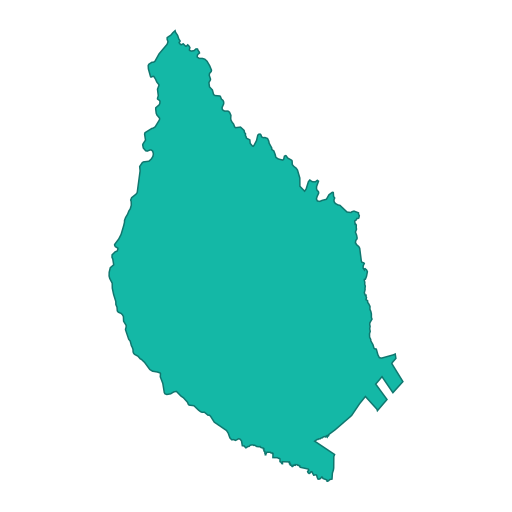 the district of Sanyati, Mashonaland West, Zimbabwe
{"feature_id": "62879985B67434637878842", "entity_name": "Sanyati", "entity_type": "district", "adm_level": 2, "iso_a3": "ZWE", "parent_name": "Zimbabwe", "parent_adm1": "Mashonaland West", "projection": "equal_earth", "projection_center": [29.641, -17.974], "detail": "fine", "context": "isolated", "style": "filled", "palette": "teal", "viewbox_px": 512, "rotation_deg": 0, "n_neighbors": 0, "source": "geoboundaries", "source_scale": "gbopen_adm2", "svg_char_len": 6059}
<svg xmlns="http://www.w3.org/2000/svg" viewBox="0 0 512 512"><path d="M358.5,212.8L354.0,211.1L351.9,211.7L351.1,212.5L347.1,212.1L340.0,205.4L337.9,204.9L335.4,203.5L334.2,201.9L333.9,199.9L334.7,198.0L333.6,196.5L333.3,192.5L332.3,192.3L329.0,194.7L326.4,199.3L322.1,200.4L319.8,201.4L317.4,201.0L316.4,199.0L317.1,196.5L318.6,193.3L318.6,192.1L318.1,191.2L317.2,190.6L316.5,188.7L316.6,186.5L318.5,181.2L317.3,180.3L315.4,181.8L313.1,181.8L311.8,181.5L309.8,180.0L308.4,181.7L306.1,189.1L304.6,191.2L299.9,186.3L299.8,178.0L297.5,170.1L296.2,168.2L293.8,166.4L292.3,164.6L292.1,160.9L291.6,160.2L287.8,158.1L286.0,155.7L285.5,155.6L284.4,156.2L283.7,159.2L282.7,160.1L278.4,159.0L275.9,157.4L275.1,154.3L273.8,150.9L271.7,149.4L271.8,148.1L269.2,143.3L268.7,141.0L267.5,138.5L264.9,137.5L263.4,137.7L261.6,136.9L261.0,135.0L260.4,134.2L259.0,134.1L257.8,135.1L256.5,140.6L254.0,145.4L253.2,146.3L252.5,146.1L250.2,143.4L249.8,139.9L246.4,138.1L246.0,136.4L245.4,135.6L245.5,133.7L244.4,132.4L244.3,131.0L243.9,130.2L240.5,127.1L235.5,127.7L234.6,126.8L233.6,124.1L232.1,122.2L231.0,120.2L230.7,118.4L230.9,115.3L229.5,112.2L228.0,111.1L224.6,111.1L222.9,110.1L222.2,109.1L222.1,107.5L223.7,103.8L223.7,102.0L223.0,100.4L221.4,99.1L220.4,96.5L219.9,96.0L214.8,95.5L213.6,94.5L212.4,90.0L209.5,86.9L208.9,82.6L210.4,79.9L210.5,79.1L209.3,75.5L209.3,74.7L209.5,73.5L211.2,71.5L211.5,70.2L209.7,65.8L207.0,61.2L204.8,59.2L202.3,58.4L199.2,58.4L197.3,57.2L197.2,56.2L197.6,54.6L199.5,53.0L199.3,52.1L198.0,50.3L197.5,49.0L196.0,48.9L194.1,50.6L191.4,51.1L189.5,50.4L189.4,49.6L189.9,47.6L189.1,46.2L187.7,44.8L186.5,46.1L185.6,46.2L183.2,43.8L181.1,44.8L179.9,43.8L179.2,42.9L179.1,42.4L180.0,41.5L180.0,40.7L178.9,39.2L177.6,35.4L175.5,32.2L175.1,30.7L172.9,32.7L170.8,35.2L167.2,37.5L167.1,39.2L168.0,41.8L167.1,44.3L159.1,53.8L155.0,61.2L153.6,62.2L151.8,62.3L148.8,64.3L148.2,65.6L148.4,68.9L150.5,76.5L151.0,77.1L153.1,76.3L153.8,76.5L155.4,78.9L156.8,82.0L158.9,84.7L158.9,85.5L157.5,89.2L158.3,95.8L157.5,98.3L157.6,99.1L159.6,100.5L160.0,101.6L159.8,103.6L159.1,104.9L155.8,107.7L155.7,109.1L156.2,113.2L156.9,115.0L159.6,118.2L159.5,119.8L155.2,126.8L153.1,128.2L151.9,128.4L145.0,132.7L144.6,134.1L145.5,140.1L143.0,143.9L142.7,144.9L143.3,148.0L145.7,150.8L147.3,151.1L150.2,149.9L151.4,150.1L152.7,151.2L153.4,153.9L152.9,156.4L151.4,158.9L149.9,160.3L149.0,161.2L143.5,161.9L142.3,162.6L139.7,166.5L140.1,170.9L137.2,192.6L136.1,194.1L131.6,197.7L131.3,198.5L130.7,200.0L131.2,201.7L131.3,205.2L130.2,209.0L128.9,210.9L127.6,214.2L125.6,217.5L124.5,220.5L124.5,222.2L123.7,225.6L121.1,234.4L118.8,238.9L114.6,244.5L114.7,245.5L115.4,246.7L117.9,248.2L117.8,249.5L117.0,251.2L115.3,251.7L112.1,254.8L112.0,257.3L112.8,259.1L113.7,264.8L110.3,267.7L109.2,272.2L109.1,276.0L109.7,278.4L112.2,283.2L112.3,288.2L113.6,294.4L115.8,301.5L115.9,304.6L117.0,307.2L117.3,310.9L118.3,312.2L121.1,313.4L122.4,314.7L123.4,316.5L123.6,321.2L126.2,325.5L126.1,327.2L125.5,329.2L125.6,330.0L128.7,339.2L130.2,341.1L131.4,345.7L132.3,347.4L133.0,349.5L133.1,351.9L133.6,353.2L134.5,354.3L138.0,356.2L140.3,358.9L141.3,359.3L144.6,362.4L149.8,369.5L152.5,371.2L157.3,372.0L160.2,373.0L160.5,373.6L160.3,376.8L162.8,383.4L164.3,392.6L165.0,393.8L166.8,394.5L170.7,393.8L173.8,391.9L176.4,391.4L181.0,396.1L183.5,397.8L187.6,402.4L188.2,404.1L189.1,405.1L193.9,405.7L198.6,410.2L200.6,411.7L202.1,412.3L204.4,412.2L208.0,415.2L209.5,415.2L210.7,416.5L214.3,422.2L226.5,430.5L228.2,433.1L229.9,437.9L231.7,439.8L233.7,439.6L235.5,440.4L238.8,438.7L240.1,439.2L241.5,440.9L242.3,445.7L244.2,446.0L245.7,447.8L246.5,447.6L247.6,446.6L249.1,446.4L250.1,445.3L251.2,445.0L253.0,444.9L253.7,445.4L254.7,445.2L256.7,446.5L259.4,446.8L260.1,446.5L260.9,447.5L263.4,448.2L263.4,448.9L263.9,448.9L263.9,450.8L264.4,451.5L264.9,451.5L264.9,453.5L265.3,454.1L265.3,454.8L265.8,454.8L265.9,454.1L266.9,452.2L270.5,452.3L271.0,453.0L272.5,453.0L272.5,453.6L273.0,453.7L272.9,457.6L277.5,457.7L278.5,458.4L279.5,458.4L280.0,459.0L280.0,461.6L280.5,461.7L282.0,463.7L282.5,463.7L282.5,461.7L289.2,461.9L289.1,462.5L289.7,462.5L289.6,463.8L290.1,463.8L290.1,464.5L290.6,464.5L290.6,465.2L291.1,465.2L292.1,466.5L292.6,466.5L293.2,465.9L293.2,465.2L295.2,465.3L295.2,464.6L297.3,464.7L297.8,465.3L298.8,465.3L299.3,466.0L299.8,466.0L299.8,466.7L300.3,467.3L308.1,469.0L308.7,469.7L308.7,470.3L307.6,471.4L308.0,472.6L309.1,473.5L310.3,472.8L310.9,471.8L311.8,471.7L313.7,475.2L315.8,474.8L316.6,475.2L317.2,477.4L318.0,479.1L319.0,479.2L320.4,478.6L321.8,477.0L322.3,477.2L323.0,478.5L326.8,479.9L327.0,481.2L327.3,481.3L328.6,480.8L329.6,479.6L332.0,479.1L332.4,473.1L333.4,470.0L333.7,468.0L333.8,456.5L334.6,454.5L314.7,441.2L317.2,439.4L318.0,439.5L318.5,438.9L320.2,438.8L321.4,437.8L322.4,437.8L323.4,436.8L324.8,436.6L325.8,437.0L326.3,435.9L327.2,436.8L327.2,436.0L327.5,435.7L328.3,435.9L328.3,435.0L328.9,434.9L328.8,434.5L335.1,429.8L351.6,415.5L359.5,403.8L365.4,396.5L377.0,409.3L377.4,410.7L387.0,399.5L375.7,384.1L382.0,376.7L392.9,392.7L402.9,381.6L391.8,363.6L392.5,362.3L395.9,358.4L395.2,354.0L393.5,354.8L381.6,358.1L379.4,357.7L377.9,354.8L376.3,349.1L374.5,348.7L374.0,348.2L373.0,344.8L370.8,340.8L370.7,339.4L369.6,337.2L369.5,333.7L370.2,331.4L369.7,328.8L370.1,326.1L369.7,325.1L369.8,322.9L372.0,319.1L371.4,317.4L371.4,313.9L370.8,311.3L369.9,309.3L370.0,306.4L368.5,303.4L367.7,302.6L367.6,300.7L366.0,299.7L366.5,297.4L365.9,296.3L366.1,295.2L365.3,295.2L364.3,292.8L365.1,289.6L365.0,288.3L365.3,286.1L364.7,284.4L364.8,282.3L364.2,279.9L364.4,279.3L365.4,279.2L366.5,276.3L367.4,271.7L366.6,270.0L365.0,268.6L364.5,268.8L364.3,269.8L363.1,268.1L363.2,265.7L364.3,263.5L363.7,262.8L361.9,262.3L361.3,260.9L359.7,248.3L358.8,246.6L356.4,244.5L355.9,243.3L355.4,242.9L355.8,240.4L357.0,238.9L357.1,237.9L356.6,235.2L355.4,232.1L356.5,229.2L356.2,227.3L356.3,225.0L355.7,224.1L355.2,224.3L354.7,221.4L355.0,220.6L355.9,220.3L357.0,218.4L357.9,218.5L358.8,218.0L359.3,215.7L358.5,214.0L358.5,212.8Z" fill="#14b8a6" stroke="#0f766e" stroke-width="1.5"/></svg>